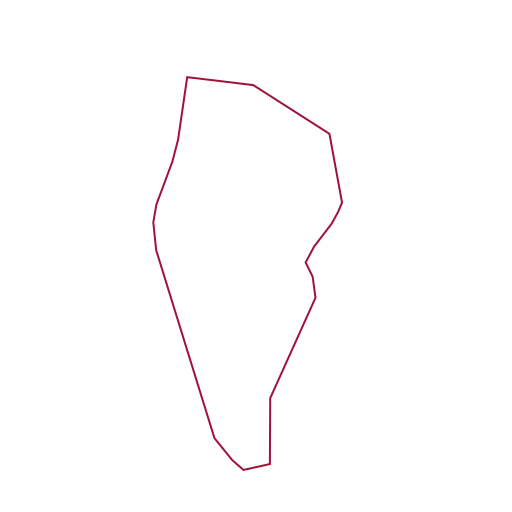 outline of Žiri, rotated 242°
{"feature_id": "SVN-1021", "entity_name": "Žiri", "entity_type": "Municipality", "adm_level": 1, "iso_a3": "SVN", "parent_name": "Slovenia", "parent_adm1": "", "projection": "natural_earth1", "projection_center": [14.104, 46.045], "detail": "fine", "context": "isolated", "style": "outline", "palette": "rose", "viewbox_px": 512, "rotation_deg": 242, "n_neighbors": 0, "source": "natural_earth", "source_scale": "10m", "svg_char_len": 415}
<svg xmlns="http://www.w3.org/2000/svg" viewBox="0 0 512 512"><g transform="rotate(242 256 256)"><path d="M114.7,133.8L308.0,170.6L333.9,181.1L348.2,192.2L378.7,226.6L395.4,241.9L446.2,279.2L408.2,333.8L329.4,378.2L262.7,357.0L256.3,349.1L249.1,338.1L237.1,311.8L227.0,296.8L211.1,296.3L191.2,288.9L123.8,201.8L65.8,170.6L73.0,144.5L86.9,139.2L114.7,133.8Z" fill="none" stroke="#9f1239" stroke-width="2"/></g></svg>